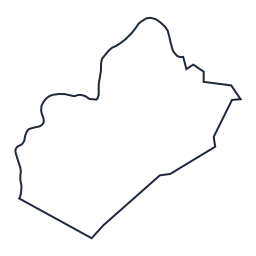 Wood, West Virginia, United States of America
{"feature_id": "52423323B9322907823760", "entity_name": "Wood", "entity_type": "district", "adm_level": 2, "iso_a3": "USA", "parent_name": "United States of America", "parent_adm1": "West Virginia", "projection": "equal_earth", "projection_center": [-81.577, 39.218], "detail": "fine", "context": "isolated", "style": "outline", "palette": "slate", "viewbox_px": 256, "rotation_deg": 0, "n_neighbors": 0, "source": "geoboundaries", "source_scale": "gbopen_adm2", "svg_char_len": 1183}
<svg xmlns="http://www.w3.org/2000/svg" viewBox="0 0 256 256"><path d="M15.6,149.6L15.4,151.4L16.2,154.8L20.4,168.0L20.9,171.7L20.5,173.5L20.3,178.1L20.4,180.4L21.5,186.2L21.1,192.0L20.7,194.4L20.0,196.9L19.2,198.5L91.6,238.2L103.8,224.9L159.9,175.3L170.1,174.0L215.2,146.7L213.7,136.9L232.0,99.9L240.6,99.2L231.2,85.4L203.7,81.9L203.7,71.7L193.3,64.6L186.4,69.1L183.2,56.9L181.1,57.1L179.5,56.9L177.4,56.1L174.5,53.1L173.3,51.4L172.4,49.2L170.3,41.4L169.4,37.0L167.7,30.6L165.1,26.8L163.0,24.8L161.7,23.5L158.1,20.7L155.1,18.9L150.3,17.8L146.2,18.4L141.1,21.6L138.7,23.6L134.5,29.6L131.8,32.9L125.7,39.1L121.2,42.6L116.5,45.7L112.1,47.7L108.6,50.7L102.0,58.8L101.1,63.4L100.9,70.8L98.7,84.6L98.7,94.7L97.7,97.9L96.5,99.6L89.8,99.0L88.5,98.4L85.6,96.3L82.0,95.1L79.8,94.8L77.5,95.2L74.2,96.2L64.7,94.1L59.0,94.0L52.9,94.8L49.4,96.1L47.1,97.7L44.5,100.5L43.4,102.1L41.5,105.7L41.2,110.4L41.4,111.9L41.8,113.8L43.3,117.7L43.8,121.1L43.7,122.4L43.2,123.2L42.3,124.6L39.5,126.4L34.8,127.4L31.6,128.3L29.3,128.9L28.8,129.3L28.1,129.8L26.8,131.6L25.4,135.0L24.3,140.5L23.7,141.9L21.8,144.4L18.2,146.2L16.9,147.2L15.6,149.3L15.6,149.6Z" fill="none" stroke="#1e293b" stroke-width="2"/></svg>